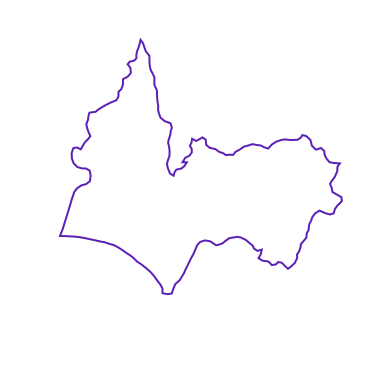 Tijucas, Santa Catarina, Brazil, rotated 124°
{"feature_id": "56859067B7676071036487", "entity_name": "Tijucas", "entity_type": "district", "adm_level": 2, "iso_a3": "BRA", "parent_name": "Brazil", "parent_adm1": "Santa Catarina", "projection": "orthographic", "projection_center": [-48.711, -27.244], "detail": "fine", "context": "isolated", "style": "outline", "palette": "violet", "viewbox_px": 384, "rotation_deg": 124, "n_neighbors": 0, "source": "geoboundaries", "source_scale": "gbopen_adm2", "svg_char_len": 2977}
<svg xmlns="http://www.w3.org/2000/svg" viewBox="0 0 384 384"><g transform="rotate(124 192 192)"><path d="M266.0,287.4L270.1,286.0L284.7,281.6L294.9,278.5L302.3,276.8L298.9,271.5L294.9,264.9L292.0,259.3L289.5,253.5L287.3,248.0L285.7,244.0L284.1,239.8L282.6,236.7L281.3,231.9L279.7,227.1L279.2,222.3L279.1,217.7L279.2,213.3L279.1,207.1L279.5,203.0L280.4,198.8L280.3,193.8L280.7,188.1L281.5,181.8L282.7,177.0L284.5,172.2L286.2,167.1L288.4,162.6L292.4,159.9L290.5,155.3L287.5,152.0L283.2,153.2L277.7,154.4L272.3,152.9L266.9,153.1L263.6,153.3L260.0,154.0L255.2,154.6L251.3,155.2L247.5,155.7L242.2,156.2L237.0,157.2L233.0,158.0L228.8,157.3L224.9,154.2L222.7,149.4L222.7,142.2L220.2,139.9L217.1,137.8L214.0,137.0L209.5,135.3L206.5,132.2L203.7,129.2L202.4,125.9L201.6,120.5L202.2,115.7L202.6,111.5L204.3,108.7L204.2,104.8L200.8,102.0L204.9,100.2L209.7,99.8L209.5,95.0L206.9,89.9L207.9,85.0L205.1,81.9L202.0,81.5L200.4,78.0L201.3,73.7L202.0,69.5L198.2,68.2L193.1,67.1L187.9,67.9L185.0,70.0L181.3,70.0L177.0,71.2L174.1,72.6L170.4,72.1L165.9,71.7L162.2,73.7L158.3,74.1L153.4,76.7L148.8,77.3L145.4,78.2L141.1,78.0L136.1,75.9L135.1,70.0L133.5,65.1L130.5,62.6L126.2,64.0L122.0,63.9L118.9,63.2L115.7,62.7L112.7,65.3L113.2,71.1L113.4,75.6L110.1,78.9L108.1,82.1L104.4,82.3L99.7,82.1L93.6,83.2L89.7,85.5L85.6,85.4L88.7,90.8L90.4,94.6L89.1,99.3L86.9,103.0L84.1,105.2L83.4,109.7L87.6,112.9L86.6,118.5L82.7,122.8L81.7,128.4L83.1,132.3L86.3,132.2L89.9,133.9L93.7,139.2L96.4,144.3L98.7,146.9L103.2,150.3L108.1,152.4L113.4,153.1L114.6,157.4L114.9,160.8L116.7,164.4L118.5,168.6L121.5,171.0L125.5,174.4L130.3,176.2L134.4,178.4L138.1,178.6L140.1,181.7L142.4,184.4L142.4,187.9L143.5,191.7L143.4,196.7L145.5,202.1L144.9,206.7L140.9,209.9L140.9,213.9L144.7,215.7L147.4,217.1L147.8,221.7L151.4,220.0L154.8,219.6L156.5,216.3L159.4,214.3L163.1,214.4L167.4,216.7L172.6,216.5L170.3,212.9L174.8,212.8L178.4,213.9L182.2,217.5L185.5,217.5L188.8,216.4L189.0,220.6L186.0,224.9L183.2,228.2L179.6,229.6L174.9,230.8L170.8,233.3L167.1,236.5L164.6,239.3L161.6,240.7L157.4,241.7L153.3,243.7L150.0,244.6L147.0,248.3L148.5,254.2L148.0,259.6L145.3,263.5L142.8,266.1L139.6,268.1L135.7,271.7L132.1,274.6L127.5,277.8L124.2,283.1L120.8,285.5L118.0,287.2L116.2,290.2L113.7,294.8L111.4,297.2L108.9,299.3L105.6,301.6L102.9,303.5L101.2,308.9L98.7,312.4L96.1,315.7L94.7,319.7L98.8,318.1L102.7,317.0L106.5,316.1L109.6,314.7L112.1,312.9L115.5,313.4L118.8,316.6L122.1,316.8L123.5,312.5L127.6,309.2L132.4,309.8L137.0,312.3L141.8,309.2L146.4,308.1L150.0,309.0L153.9,306.4L158.2,306.0L162.8,309.1L168.8,312.5L173.1,314.5L176.1,315.8L179.4,316.8L183.6,321.4L187.0,320.3L190.2,318.6L195.0,317.5L197.8,314.5L200.7,310.5L202.5,307.5L206.8,307.8L210.8,308.6L214.1,308.4L218.8,308.1L219.4,312.3L222.0,314.9L226.9,313.6L231.3,310.4L234.3,306.4L235.4,301.1L234.1,296.7L231.8,293.1L231.5,288.8L235.2,285.1L240.2,282.7L244.6,284.2L248.7,287.6L253.4,289.4L258.1,289.6L261.7,288.5L266.0,287.4Z" fill="none" stroke="#5b21b6" stroke-width="2"/></g></svg>